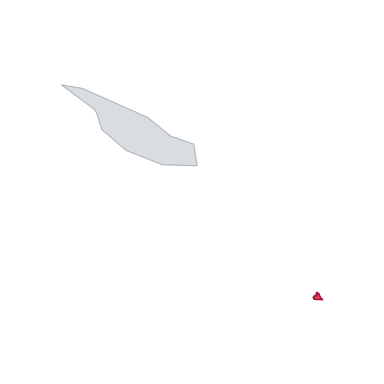 Ngerdelolk, Palau shown in context, rotated 287°
{"feature_id": "81905179B51546394317477", "entity_name": "Ngerdelolk", "entity_type": "district", "adm_level": 2, "iso_a3": "PLW", "parent_name": "Palau", "parent_adm1": "", "projection": "equal_earth", "projection_center": [134.259, 7.007], "detail": "fine", "context": "in_parent", "style": "filled", "palette": "rose", "viewbox_px": 384, "rotation_deg": 287, "n_neighbors": 0, "source": "geoboundaries", "source_scale": "gbopen_adm2", "svg_char_len": 1572}
<svg xmlns="http://www.w3.org/2000/svg" viewBox="0 0 384 384"><g transform="rotate(287 192 192)"><path d="M238.3,179.8L218.6,189.2L209.4,155.8L212.4,117.1L225.4,87.4L239.6,77.8L242.5,74.4L256.3,35.8L259.0,57.1L250.3,127.8L239.2,155.3L238.3,179.8Z" fill="#d9dde1" stroke="#a8b0b8" stroke-width="1"/><path d="M127.2,348.2L127.4,348.1L127.4,347.9L127.5,347.8L127.5,347.7L127.8,347.2L128.0,347.0L128.1,346.8L128.2,346.6L128.3,346.4L128.9,345.6L129.1,345.4L129.2,345.2L129.4,345.0L129.5,344.9L129.8,344.7L130.0,344.5L130.2,344.4L130.3,344.2L130.5,344.1L130.7,343.8L130.9,343.6L131.0,343.6L131.3,343.6L131.5,343.4L131.6,343.2L131.8,343.0L131.9,342.8L131.9,342.7L132.0,342.5L132.0,342.4L132.2,342.2L132.2,341.9L132.2,341.7L132.3,341.4L132.4,341.1L132.5,341.0L132.5,340.8L132.5,340.7L132.3,340.6L132.2,340.6L132.0,340.9L132.0,341.0L131.9,341.2L131.9,341.3L131.7,341.4L131.7,341.5L131.4,341.6L131.2,341.6L130.9,341.8L130.7,341.8L130.7,342.0L130.6,341.9L130.7,341.7L130.8,341.7L131.0,341.6L131.1,341.4L131.2,341.2L131.3,341.1L131.2,341.0L130.9,340.9L130.9,341.0L130.7,341.3L130.6,341.2L130.5,340.9L130.4,341.1L130.2,341.0L130.2,340.9L129.8,341.0L129.5,340.7L129.0,340.7L128.8,340.8L128.8,340.4L128.7,340.1L128.6,339.9L128.4,339.7L128.4,339.4L128.3,339.2L128.1,339.1L127.9,339.1L127.7,339.2L127.4,339.1L127.2,339.1L126.9,339.1L126.7,339.2L126.7,339.3L126.5,339.2L126.4,339.3L126.2,339.3L126.2,339.2L126.1,339.3L125.9,339.4L125.8,339.5L125.7,339.6L125.5,339.8L125.4,340.0L125.3,340.3L125.2,340.4L125.2,340.5L127.2,348.2Z" fill="#f43f5e" stroke="#9f1239" stroke-width="1.5"/></g></svg>